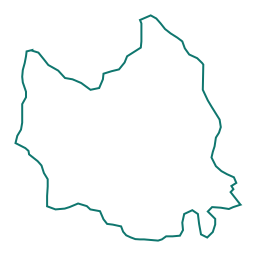 the district of Suncheon-si, South Jeolla, South Korea
{"feature_id": "91817680B16002130574290", "entity_name": "Suncheon-si", "entity_type": "district", "adm_level": 2, "iso_a3": "KOR", "parent_name": "South Korea", "parent_adm1": "South Jeolla", "projection": "mercator", "projection_center": [127.399, 35.008], "detail": "fine", "context": "isolated", "style": "outline", "palette": "teal", "viewbox_px": 256, "rotation_deg": 0, "n_neighbors": 0, "source": "geoboundaries", "source_scale": "gbopen_adm2", "svg_char_len": 1469}
<svg xmlns="http://www.w3.org/2000/svg" viewBox="0 0 256 256"><path d="M32.3,50.0L26.6,51.4L26.0,56.3L24.7,63.1L22.8,70.0L22.2,76.8L22.8,82.4L26.0,91.7L26.0,97.3L22.2,104.1L22.2,114.7L22.2,122.7L21.0,129.6L17.3,135.8L15.5,143.1L25.3,148.1L28.5,150.9L29.1,154.4L37.7,161.2L41.5,165.5L43.9,173.0L47.7,179.2L47.7,186.6L47.1,196.0L47.1,206.3L55.5,209.4L64.7,208.6L69.5,207.1L78.1,203.5L86.8,206.1L90.3,209.4L100.0,211.2L103.5,219.3L107.1,223.9L112.7,224.6L121.1,226.4L123.1,231.7L126.2,235.3L130.5,237.3L135.3,239.1L139.9,239.4L144.0,239.4L158.1,240.6L161.9,239.4L166.2,236.3L173.0,236.3L179.9,235.7L183.0,230.1L182.3,222.6L184.2,214.0L192.3,210.2L197.9,214.0L199.1,223.9L201.0,234.4L207.2,237.5L212.8,232.0L215.2,224.5L215.2,218.9L207.8,211.5L212.1,207.1L220.8,207.7L228.9,209.0L233.2,207.1L236.9,205.9L240.5,204.7L240.4,204.6L230.6,192.1L233.4,189.2L231.4,186.0L234.1,184.3L236.3,182.9L233.9,177.3L227.0,174.2L221.4,171.1L215.9,166.2L211.5,157.5L212.8,151.9L214.6,146.3L215.9,137.6L219.0,132.7L220.8,127.1L219.6,119.6L211.5,106.6L207.8,100.4L202.8,89.8L203.3,64.6L202.2,63.1L197.2,58.2L189.2,54.5L184.8,48.3L182.3,41.4L177.4,37.7L170.6,33.4L165.0,29.0L160.6,23.4L156.3,18.5L150.7,15.4L140.0,20.0L141.4,23.4L141.4,32.1L141.4,41.4L140.8,47.6L127.1,56.3L124.6,62.5L119.0,69.4L111.6,71.2L103.5,73.7L102.9,79.3L99.2,88.0L90.5,89.8L81.2,83.0L72.5,79.3L65.0,78.0L58.2,70.6L48.3,65.0L43.9,59.4L38.4,52.6L32.2,50.7L32.3,50.0Z" fill="none" stroke="#0f766e" stroke-width="2"/></svg>